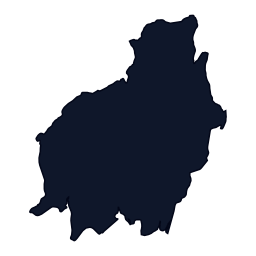 the border of Kalimantan Tengah
{"feature_id": "IDN-1931", "entity_name": "Kalimantan Tengah", "entity_type": "Province", "adm_level": 1, "iso_a3": "IDN", "parent_name": "Indonesia", "parent_adm1": "", "projection": "equal_earth", "projection_center": [113.429, -1.416], "detail": "fine", "context": "isolated", "style": "filled", "palette": "ink", "viewbox_px": 256, "rotation_deg": 0, "n_neighbors": 0, "source": "natural_earth", "source_scale": "10m", "svg_char_len": 5770}
<svg xmlns="http://www.w3.org/2000/svg" viewBox="0 0 256 256"><path d="M167.7,233.4L166.9,232.9L166.2,232.4L165.9,231.5L165.9,230.5L166.3,229.7L167.0,229.3L167.4,228.8L168.2,225.4L169.3,223.8L169.6,223.0L169.8,221.8L168.2,223.7L166.9,226.8L165.3,229.6L162.9,230.7L161.6,230.5L160.5,230.0L159.9,228.9L159.7,227.2L160.4,222.1L160.2,220.7L159.9,221.7L159.5,224.0L159.4,225.2L159.3,225.5L158.8,226.0L157.3,229.3L154.9,230.9L153.7,231.4L151.2,233.3L148.5,234.5L144.6,235.4L141.4,234.6L141.1,230.7L141.6,228.6L141.9,226.4L141.8,224.1L141.0,220.4L140.6,219.9L139.9,219.7L136.6,219.7L135.8,219.9L135.0,220.4L134.4,221.2L134.0,223.2L133.3,223.7L131.1,224.0L130.6,223.8L130.3,223.2L130.1,221.2L129.7,220.3L129.2,219.5L128.6,219.3L130.3,223.6L130.5,225.0L128.5,222.0L126.8,220.5L126.3,220.0L125.8,219.4L125.3,217.8L125.1,216.2L124.7,215.6L124.0,214.8L123.1,214.1L121.9,213.6L120.8,213.0L118.3,206.7L118.3,210.4L117.6,212.7L117.2,213.2L116.6,213.2L116.3,213.4L114.9,215.3L114.6,216.3L115.0,217.3L115.7,218.3L116.1,218.6L117.7,218.9L117.7,219.3L104.1,231.1L102.9,232.5L102.1,232.9L100.7,232.5L100.4,233.2L100.1,233.6L99.3,234.0L98.5,233.6L93.3,228.5L91.7,227.6L89.9,227.2L86.0,228.0L82.7,230.7L77.1,238.2L75.5,240.0L74.5,240.6L73.8,240.5L73.1,240.0L71.3,239.2L70.7,238.6L70.7,237.5L71.6,235.2L71.8,234.1L72.1,230.8L72.1,229.7L71.0,220.7L71.1,218.3L71.7,214.0L71.3,211.7L68.9,205.9L68.6,203.9L68.6,201.6L67.9,201.0L67.8,200.5L68.0,199.5L68.6,198.0L68.6,197.1L68.0,197.5L67.4,198.2L66.9,199.0L66.7,199.8L67.0,202.9L66.8,203.4L66.1,204.2L65.4,205.3L65.4,205.7L65.6,206.1L66.0,206.4L66.7,207.2L66.7,207.6L66.6,207.8L66.3,207.8L66.2,208.0L64.5,208.8L62.0,211.2L61.5,211.6L60.8,211.7L60.1,211.4L59.8,210.6L59.3,208.9L58.2,207.7L56.7,207.1L53.5,206.7L51.9,206.9L50.9,207.5L41.7,214.0L38.8,215.3L37.2,215.5L35.8,215.1L32.6,212.7L31.9,212.5L30.5,212.5L29.9,212.1L29.9,211.4L30.3,210.6L30.6,210.0L31.8,208.6L33.1,207.9L34.4,207.4L37.7,205.6L38.1,205.5L37.8,204.8L39.3,204.0L39.6,203.7L40.4,202.1L41.0,199.9L41.4,199.0L42.0,198.5L44.7,196.8L45.4,195.7L45.6,195.0L45.7,194.2L45.6,193.4L45.2,192.3L44.7,191.1L44.5,190.3L44.3,188.8L44.3,184.0L44.8,180.9L44.7,179.7L39.8,165.2L39.2,162.3L39.1,158.7L39.1,157.8L40.3,151.6L40.4,147.9L40.7,145.9L40.7,145.1L40.4,144.6L39.9,143.8L39.9,143.5L40.1,142.1L40.1,141.4L40.0,140.8L39.8,140.4L39.5,140.3L37.9,141.1L37.4,141.0L36.9,140.5L36.6,139.9L36.3,139.3L36.2,138.7L36.2,138.3L36.5,137.8L37.7,135.9L38.4,135.0L39.8,133.8L40.7,133.4L41.4,133.4L43.0,133.8L43.5,134.3L44.0,134.3L44.5,134.0L46.0,132.1L46.6,131.5L47.9,129.3L48.7,128.3L50.7,126.9L52.0,125.8L52.8,123.6L53.3,122.7L53.7,122.4L54.5,121.3L55.5,120.3L57.7,119.0L58.3,118.0L60.4,117.0L61.7,116.0L62.2,115.4L62.5,114.5L62.5,113.8L62.1,112.3L62.1,111.6L62.3,110.9L62.5,110.3L63.7,108.2L64.6,107.1L68.4,103.6L72.8,100.8L76.9,97.0L80.4,95.6L81.4,94.5L81.6,93.4L81.9,92.9L82.2,92.6L82.7,92.5L87.4,92.5L89.3,93.0L90.9,93.2L92.3,93.6L92.9,93.5L96.4,91.5L97.8,90.5L98.3,90.6L99.5,91.0L100.5,90.8L107.4,87.3L108.8,85.9L112.8,84.1L114.0,83.3L115.0,82.4L117.1,81.1L117.9,81.1L119.2,81.3L120.2,81.1L121.0,79.5L121.7,79.3L122.8,78.6L123.1,78.6L123.7,79.2L124.6,81.2L125.7,82.6L126.0,82.9L126.8,82.8L127.1,82.3L127.8,79.6L128.6,77.4L128.6,76.8L128.6,76.1L127.9,74.5L127.6,74.1L126.9,73.6L126.7,73.3L126.6,72.9L126.7,71.7L127.4,70.3L129.6,67.2L130.0,66.8L131.6,66.1L132.5,64.7L133.4,64.3L133.6,64.0L133.7,62.8L134.3,60.7L135.5,57.8L135.5,56.5L134.7,52.9L134.6,51.4L134.5,50.6L133.6,48.1L133.1,47.2L131.7,45.7L131.2,45.1L130.5,43.3L129.5,41.2L130.8,40.5L132.3,40.0L133.4,39.6L134.2,39.6L135.5,40.3L136.7,40.2L137.5,40.4L138.0,40.2L138.5,39.8L139.7,38.4L140.2,38.1L141.1,37.8L141.4,37.2L141.6,36.0L141.5,34.2L141.7,33.4L142.0,32.6L143.1,31.0L144.2,28.1L144.5,27.6L145.4,26.8L146.1,25.7L147.0,24.8L148.1,24.3L150.6,23.9L152.3,22.9L154.5,22.5L155.1,22.2L155.4,21.9L156.4,20.7L157.1,20.2L157.7,20.1L159.4,20.1L161.0,19.9L162.8,20.0L163.9,20.6L164.9,21.5L165.4,21.9L170.3,23.3L181.4,21.6L182.2,20.9L183.0,19.8L184.2,18.9L186.1,18.0L188.0,17.5L188.9,17.1L189.3,16.9L189.6,16.0L189.9,15.6L192.4,15.4L193.1,15.4L193.6,15.6L193.8,16.0L194.1,16.9L195.2,17.7L195.5,18.1L196.1,19.7L196.5,20.3L196.7,20.8L196.9,23.0L197.5,24.9L197.5,25.4L197.4,26.2L197.2,26.8L195.5,29.0L193.2,35.0L192.8,36.9L192.7,37.7L192.7,39.8L193.4,42.2L193.5,44.8L194.9,48.4L195.2,49.8L195.2,50.4L195.2,51.0L193.9,54.9L193.3,57.6L193.2,59.1L193.3,59.6L193.6,60.3L193.7,60.8L193.5,62.1L193.6,62.7L193.9,63.4L194.6,63.3L195.9,61.5L197.8,60.2L198.3,59.4L198.7,58.6L201.7,53.8L202.7,52.7L203.3,52.8L205.2,52.4L207.6,53.1L207.9,53.5L208.0,53.9L207.6,55.5L207.0,59.8L205.8,62.8L205.5,63.7L205.2,65.5L205.1,69.4L205.1,70.3L205.8,73.2L205.9,75.8L206.6,78.8L207.3,80.7L209.3,84.4L209.5,85.3L209.6,86.2L209.7,88.3L210.6,94.5L210.8,95.1L212.1,97.3L212.3,98.1L212.3,100.3L212.6,100.9L214.6,103.0L215.4,103.7L216.8,104.1L218.0,104.9L218.9,105.1L219.9,106.0L220.6,107.0L221.3,109.0L222.3,110.0L222.6,110.8L223.2,111.7L223.7,111.9L224.9,111.1L225.7,110.7L226.1,117.1L225.9,117.9L225.8,120.5L225.6,121.7L223.6,126.5L222.9,127.8L222.4,128.6L221.9,128.8L220.7,128.5L221.1,126.3L221.1,125.5L220.8,125.1L220.3,125.1L219.4,125.4L215.9,127.4L212.8,128.1L211.0,129.0L210.6,129.5L210.4,130.0L210.1,131.1L207.6,146.3L207.5,148.1L207.7,149.6L208.5,152.3L208.4,153.5L207.7,155.3L207.0,156.5L206.5,157.5L206.4,158.1L207.3,160.5L201.7,167.5L200.5,168.8L199.5,169.4L197.7,170.0L190.8,172.3L189.8,172.9L189.8,175.6L190.4,177.5L190.7,178.1L190.9,180.4L190.8,181.0L190.0,183.1L189.4,185.4L187.6,187.9L187.1,188.8L186.5,191.0L186.1,194.5L185.7,195.4L184.5,196.9L181.8,198.2L181.5,198.5L181.3,198.9L181.3,199.5L181.0,200.3L180.6,201.0L180.1,201.5L179.3,201.9L176.4,202.8L176.2,202.9L175.2,204.6L174.8,205.9L173.9,211.0L167.7,233.4Z" fill="#0f172a" stroke="#020617" stroke-width="1.5"/></svg>